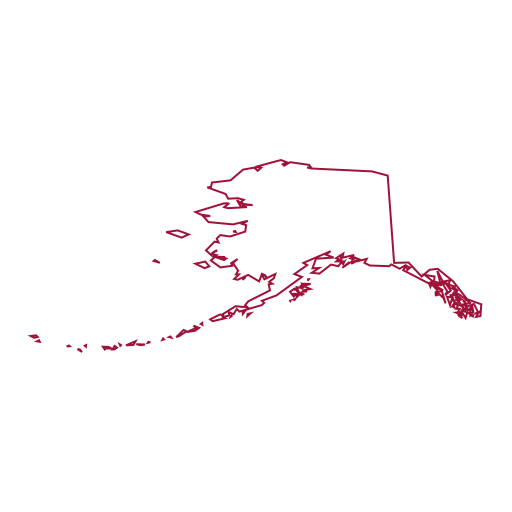 map outline of Alaska (Natural Earth projection)
{"feature_id": "USA-3563", "entity_name": "Alaska", "entity_type": "State", "adm_level": 1, "iso_a3": "USA", "parent_name": "United States of America", "parent_adm1": "", "projection": "natural_earth1", "projection_center": [-152.163, 61.314], "detail": "fine", "context": "isolated", "style": "outline", "palette": "rose", "viewbox_px": 512, "rotation_deg": 0, "n_neighbors": 0, "source": "natural_earth", "source_scale": "10m", "svg_char_len": 6167}
<svg xmlns="http://www.w3.org/2000/svg" viewBox="0 0 512 512"><path d="M387.7,175.6L394.1,262.9L408.5,262.5L421.6,276.5L429.6,269.8L437.7,268.8L453.2,281.4L467.1,299.2L481.3,304.3L480.4,316.1L476.0,316.9L479.1,311.8L474.7,313.9L478.0,312.2L474.0,304.0L467.3,306.5L467.3,310.1L465.6,309.2L466.6,303.6L469.5,303.4L470.2,302.9L459.1,294.3L453.2,293.4L453.7,292.4L455.4,292.4L456.9,291.9L457.0,291.6L452.0,288.3L452.6,288.1L456.8,290.2L457.1,290.1L452.5,286.2L455.8,286.8L448.4,284.6L450.2,280.2L442.8,281.6L437.3,271.0L440.4,283.0L434.0,281.6L434.6,276.5L424.7,274.9L433.1,281.5L428.4,283.2L403.2,270.2L405.8,265.9L407.4,269.9L410.2,267.6L405.4,265.3L399.6,268.7L391.3,264.4L389.2,266.2L369.8,265.5L364.5,262.9L366.7,258.9L356.9,261.4L359.2,259.3L356.0,258.1L352.8,259.2L351.2,258.6L355.6,257.7L350.7,256.6L354.2,255.0L342.4,257.7L343.3,253.5L336.1,258.2L340.0,259.7L337.8,260.2L336.3,261.4L342.0,261.4L338.3,266.2L331.0,264.6L319.4,273.6L311.7,272.8L319.1,268.0L312.5,268.3L316.0,258.7L333.7,257.6L325.9,254.7L330.6,251.2L303.4,262.9L307.2,265.1L294.4,274.1L301.9,276.9L276.5,295.4L261.9,300.8L264.2,302.8L261.8,305.1L239.4,311.6L236.8,309.0L233.6,314.2L228.7,312.1L229.2,315.5L223.0,317.0L223.2,313.9L235.6,306.2L247.6,307.4L245.1,305.2L248.3,301.3L270.0,290.4L268.7,284.3L272.3,283.7L269.2,281.8L274.0,278.1L275.3,274.0L264.4,279.3L262.3,275.6L264.7,275.4L265.8,276.7L266.0,276.4L265.0,275.2L262.0,273.8L259.1,281.4L248.2,274.9L237.7,279.8L234.2,279.0L239.0,274.4L236.0,274.3L238.1,270.7L233.0,263.0L237.6,259.0L231.1,263.2L232.3,265.8L220.4,267.4L210.9,260.5L214.9,256.8L224.0,260.1L226.2,258.5L222.3,257.6L225.1,257.0L213.1,256.7L216.3,255.1L211.9,254.1L213.0,253.6L213.6,252.1L214.2,252.1L215.0,251.5L216.0,251.4L217.0,250.2L214.2,251.6L212.5,252.9L213.0,253.5L211.7,254.0L211.7,255.5L206.0,250.4L214.6,241.6L218.6,242.5L216.7,238.6L220.3,235.1L230.0,236.5L245.2,231.6L246.2,225.2L242.2,223.9L247.8,220.8L233.1,224.4L208.5,222.1L203.5,216.6L210.2,216.0L200.5,214.5L195.5,212.0L223.9,203.4L227.8,203.3L228.5,203.7L224.2,207.1L227.8,208.2L246.9,207.1L240.7,206.4L236.9,200.1L242.7,204.7L252.7,205.1L243.7,204.0L240.9,202.1L243.7,199.8L237.9,198.2L228.2,198.7L225.6,194.0L207.3,187.4L211.0,186.9L212.0,182.5L230.4,180.4L243.1,169.6L256.7,167.2L254.9,168.3L257.7,170.8L261.2,167.7L255.5,166.9L280.9,160.0L286.9,162.3L282.7,164.3L284.1,165.7L290.3,162.2L309.1,164.9L310.9,167.3L307.1,167.5L311.5,168.5L372.0,171.4L387.7,175.6ZM310.3,289.0L304.1,290.1L307.0,291.5L302.5,291.7L296.2,297.7L298.2,293.9L295.4,295.6L296.5,294.0L294.3,293.7L292.4,294.1L295.4,294.1L293.8,296.6L290.0,291.8L294.5,288.5L296.1,288.8L295.4,289.8L296.7,289.9L297.0,291.2L298.1,292.2L299.0,292.5L296.8,287.2L302.5,288.2L303.5,287.0L301.7,285.2L310.3,289.0ZM467.3,312.4L465.6,318.0L462.3,312.6L457.8,312.3L459.8,308.8L456.1,308.8L457.7,306.4L456.5,303.7L453.6,301.6L462.7,306.9L465.9,310.5L462.8,308.9L461.7,310.6L467.3,312.4ZM188.7,234.4L181.6,237.6L166.2,232.1L177.7,230.4L188.7,234.4ZM437.7,290.6L430.8,283.2L441.9,285.1L434.5,285.4L443.2,290.3L435.3,287.7L437.7,290.6ZM209.3,266.3L204.6,268.2L195.4,263.7L205.3,261.6L209.3,266.3ZM450.7,290.6L445.2,295.1L447.2,291.3L441.2,281.4L443.5,283.7L447.5,283.7L451.0,289.4L446.5,284.4L450.7,290.6ZM441.9,291.3L445.6,303.4L443.7,298.3L436.8,291.7L441.9,291.3ZM225.0,318.3L212.5,321.2L210.2,319.3L219.9,314.5L221.7,314.7L222.9,317.4L225.0,318.3ZM472.1,305.5L473.6,313.3L471.9,308.7L468.4,310.5L472.1,305.5ZM449.8,295.0L457.3,295.4L458.5,298.8L455.2,296.8L457.5,299.9L453.4,300.7L452.6,296.7L449.8,295.0ZM199.1,327.9L195.3,330.7L186.6,332.1L195.9,328.0L193.6,325.6L199.1,327.9ZM302.1,283.7L310.6,283.9L305.4,285.4L302.1,283.7ZM452.4,297.5L450.0,305.1L447.0,296.7L452.4,297.5ZM186.6,331.3L179.0,336.2L176.2,337.1L183.7,329.9L186.6,331.3ZM135.6,341.2L133.4,345.0L126.0,345.3L135.6,341.2ZM461.4,304.6L465.6,304.1L465.5,305.8L461.4,304.6ZM348.9,262.5L349.6,262.8L342.3,267.8L348.9,262.5ZM37.7,337.0L34.1,337.8L30.7,336.0L36.0,335.3L37.7,337.0ZM117.0,347.6L114.6,349.3L112.4,349.5L114.6,345.9L117.0,347.6ZM462.3,318.1L458.6,315.6L458.1,312.8L458.6,312.6L462.3,318.1ZM464.9,301.6L465.8,303.9L463.0,300.3L464.9,301.6ZM459.0,298.8L459.3,297.2L461.7,299.4L458.8,300.1L459.0,298.8ZM107.6,346.9L104.8,349.5L102.9,346.7L107.6,346.9ZM458.8,300.6L459.8,302.8L457.9,301.7L458.8,300.6ZM435.5,292.0L437.4,295.1L435.8,295.3L435.5,292.0ZM355.1,261.9L352.0,263.4L351.1,262.1L352.1,261.1L355.1,261.9ZM136.3,344.2L145.0,344.5L140.7,345.2L136.3,344.2ZM245.0,311.2L242.8,313.9L242.7,311.8L245.0,311.2ZM452.6,305.7L453.8,303.8L456.3,303.7L452.6,305.7ZM154.8,260.0L159.8,262.8L153.7,261.0L154.8,260.0ZM242.4,279.9L244.9,277.7L245.6,277.3L242.4,279.9ZM110.2,347.7L111.1,348.5L106.8,348.5L110.2,347.7ZM202.2,322.9L202.4,324.8L200.8,324.0L202.2,322.9ZM472.2,313.1L470.4,315.0L470.7,312.4L472.2,313.1ZM300.7,294.4L304.4,294.0L302.2,294.4L301.7,295.2L300.7,294.4ZM342.2,263.0L344.4,261.6L343.1,264.2L342.2,263.0ZM247.7,313.9L250.6,313.3L247.3,316.2L247.7,313.9ZM79.8,349.4L82.0,352.0L77.5,349.1L79.8,349.4ZM69.1,345.5L69.8,346.2L66.7,346.5L69.1,345.5ZM468.7,313.1L470.0,312.1L469.5,313.7L468.7,313.1ZM444.7,283.1L444.3,282.0L446.8,283.4L444.7,283.1ZM39.1,340.3L39.8,341.8L37.0,341.3L39.1,340.3ZM431.1,285.2L430.4,286.9L429.5,284.7L431.1,285.2ZM86.1,345.1L85.9,346.7L84.8,345.7L86.1,345.1ZM354.0,261.3L358.1,260.2L356.0,261.1L354.0,261.3ZM301.9,284.5L301.8,283.9L304.7,285.4L301.9,284.5ZM307.7,280.7L308.1,279.2L308.9,279.2L307.7,280.7ZM290.7,299.9L290.4,301.2L290.0,300.9L290.7,299.9ZM148.4,341.9L150.4,342.2L147.8,342.8L148.4,341.9ZM235.2,231.0L235.7,231.9L233.1,231.6L235.2,231.0ZM454.1,306.8L454.8,308.2L453.6,307.2L454.1,306.8ZM163.1,338.5L164.0,339.4L162.3,339.9L163.1,338.5ZM302.3,287.2L301.4,286.7L299.7,286.0L301.4,286.1L302.3,287.2ZM461.7,315.2L460.9,313.2L462.3,314.6L461.7,315.2ZM170.4,336.5L171.3,337.6L169.1,337.1L170.4,336.5ZM295.2,299.0L294.5,300.1L293.4,299.7L295.2,299.0ZM473.3,315.2L472.9,316.5L471.6,315.9L473.3,315.2ZM230.8,316.7L231.5,315.2L231.7,316.1L230.8,316.7ZM341.2,258.2L340.6,256.9L342.1,257.8L341.2,258.2ZM456.0,312.6L457.8,312.4L457.1,313.1L456.0,312.6ZM120.3,345.8L119.7,344.3L121.0,345.1L120.3,345.8Z" fill="none" stroke="#9f1239" stroke-width="2"/></svg>